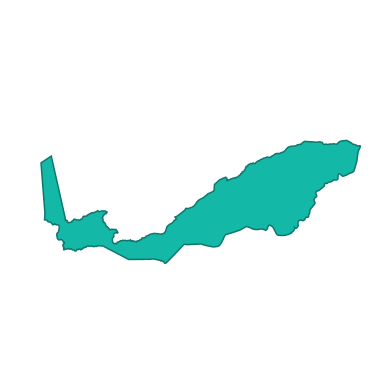 Akrahreppur, Norðurland vestra, Iceland (orthographic projection), rotated 103°
{"feature_id": "244011B74034306834774", "entity_name": "Akrahreppur", "entity_type": "district", "adm_level": 2, "iso_a3": "ISL", "parent_name": "Iceland", "parent_adm1": "Norðurland vestra", "projection": "orthographic", "projection_center": [-18.727, 65.238], "detail": "fine", "context": "isolated", "style": "filled", "palette": "teal", "viewbox_px": 384, "rotation_deg": 103, "n_neighbors": 0, "source": "geoboundaries", "source_scale": "gbopen_adm2", "svg_char_len": 6049}
<svg xmlns="http://www.w3.org/2000/svg" viewBox="0 0 384 384"><g transform="rotate(103 192 192)"><path d="M188.7,337.2L197.6,345.7L245.5,330.6L252.4,329.4L251.9,327.3L253.2,325.9L253.4,325.2L253.3,323.8L253.1,323.4L253.3,322.7L255.1,320.5L255.3,320.0L254.8,319.4L254.0,318.9L254.3,318.3L254.1,317.7L254.6,316.9L254.2,315.9L254.2,314.8L254.8,313.9L256.6,313.3L260.9,313.1L262.0,313.9L263.3,314.3L264.3,314.2L267.4,312.8L268.3,311.9L268.7,310.8L268.0,309.4L267.8,308.7L267.9,307.8L269.0,306.4L269.7,306.0L269.5,305.5L270.0,305.0L270.5,304.8L270.8,305.4L271.6,305.4L272.2,305.8L273.3,305.8L274.6,304.9L274.8,304.3L277.1,304.1L277.1,303.6L276.2,302.5L275.8,301.7L275.8,301.2L274.9,300.0L274.9,299.4L275.2,299.1L275.1,298.7L275.2,298.0L274.7,297.1L274.5,296.6L274.9,296.2L275.2,295.8L275.1,294.2L275.7,292.9L275.8,292.2L275.6,291.8L273.7,291.0L273.6,290.5L273.7,290.3L273.7,289.8L273.0,289.3L272.8,288.8L273.4,287.6L273.2,287.2L272.3,286.7L272.3,286.2L272.0,285.7L271.3,285.7L270.9,285.3L270.5,284.4L269.9,284.2L269.6,282.8L268.4,282.0L267.9,279.8L267.7,279.6L267.6,278.8L267.4,278.3L267.3,276.0L267.2,274.9L266.6,273.8L266.5,272.8L266.3,272.3L265.5,271.7L264.7,266.3L264.9,265.7L272.0,238.5L267.1,218.1L265.9,214.7L265.8,207.7L266.2,206.8L266.2,206.5L265.6,205.9L266.5,203.8L267.0,203.0L267.4,202.8L267.6,202.4L267.0,201.4L264.1,199.4L244.7,187.9L244.4,185.0L240.6,171.4L240.8,170.0L241.0,166.3L240.8,159.7L240.6,158.3L239.2,154.6L238.4,153.6L236.6,152.6L233.3,151.5L227.3,150.3L226.0,149.6L222.4,143.3L218.3,136.6L213.4,131.3L213.5,129.0L213.6,127.8L214.2,125.5L214.4,123.6L214.3,122.1L213.9,119.8L213.4,118.5L212.8,117.3L212.3,116.0L212.3,114.7L212.5,113.9L212.3,113.3L212.6,112.6L212.8,111.5L211.0,110.2L209.3,110.4L207.8,109.8L207.4,109.9L206.6,108.8L206.9,108.4L207.1,107.6L207.4,106.8L207.5,106.1L208.4,104.9L213.6,100.5L214.2,99.8L214.7,98.7L214.7,97.6L214.1,94.3L213.2,91.5L211.8,88.7L210.1,86.4L206.7,84.1L204.8,83.9L204.5,83.6L203.6,84.0L203.9,83.5L203.8,83.2L204.0,82.5L203.8,82.1L201.1,80.8L198.4,81.9L196.5,81.8L195.0,80.3L194.9,79.0L195.0,77.4L194.9,77.2L193.7,75.9L191.3,75.5L191.0,75.1L190.5,73.3L189.9,72.9L188.3,73.1L185.9,72.6L182.7,73.0L175.7,69.6L174.7,69.8L172.3,71.5L170.1,71.0L168.9,69.8L168.4,69.5L167.1,69.9L165.1,71.4L163.6,71.0L162.9,70.3L162.4,69.1L161.8,68.4L156.5,64.5L155.9,64.4L154.4,64.7L153.8,64.3L153.6,63.9L153.4,62.6L153.2,62.2L151.9,61.3L150.6,58.6L148.4,56.6L147.8,53.9L147.1,53.0L146.1,52.8L142.7,53.5L141.2,53.2L141.0,52.8L141.1,52.1L142.5,49.4L142.7,48.6L142.5,48.0L140.7,45.2L139.2,43.8L137.0,40.4L135.3,38.9L124.7,38.3L117.1,39.1L113.2,38.9L111.9,38.4L109.3,38.3L109.2,39.2L109.9,40.4L109.8,41.3L109.4,42.1L109.5,43.4L109.1,44.2L109.2,45.9L109.1,46.6L108.3,47.6L108.3,49.0L107.6,49.7L107.4,51.1L106.9,52.8L108.7,58.0L109.4,59.1L110.3,60.1L112.7,61.4L113.1,63.4L113.1,64.7L114.2,67.7L114.2,68.7L115.3,70.1L115.3,70.5L115.1,71.4L115.4,72.7L115.8,73.7L115.9,74.4L115.6,75.1L114.3,76.5L114.6,77.3L114.3,78.5L114.6,79.6L115.4,81.5L117.3,93.6L119.0,95.4L121.1,96.5L121.0,97.3L121.7,98.2L122.0,99.5L123.8,101.4L125.3,106.1L126.9,108.6L131.3,111.0L132.3,111.9L134.3,114.9L135.1,115.8L135.2,116.0L135.1,117.2L135.5,118.3L136.2,119.6L137.4,120.4L139.7,123.0L140.5,123.2L141.2,125.2L140.9,125.9L140.9,126.4L141.3,127.2L142.2,128.1L142.9,129.8L143.9,130.7L145.1,132.7L146.1,133.2L146.6,134.4L148.4,136.0L150.2,137.1L150.2,138.0L150.0,139.1L150.3,139.4L150.9,139.4L151.1,141.4L151.6,141.7L152.4,142.9L153.2,143.6L154.2,143.6L154.8,144.8L155.5,144.8L155.9,145.3L157.6,145.2L159.4,146.0L160.0,146.0L161.3,147.7L162.8,147.7L163.3,148.7L164.8,148.9L165.4,149.8L167.3,151.0L168.0,152.7L168.7,153.0L168.7,153.9L169.7,155.7L170.2,156.2L170.6,157.3L171.6,157.9L171.9,159.1L173.1,160.4L172.4,160.8L171.7,160.6L170.6,161.4L170.5,161.9L170.0,162.5L171.5,164.5L171.6,165.1L172.8,166.1L173.6,167.6L179.6,171.8L185.4,170.9L186.5,171.5L187.6,172.6L190.1,176.0L193.5,178.4L195.5,180.2L197.3,182.5L198.7,183.9L200.6,185.0L203.1,185.8L205.7,187.3L206.6,188.3L208.6,191.3L209.2,193.0L209.3,194.3L211.6,195.1L218.8,201.0L220.3,203.0L221.8,201.0L222.7,201.7L223.8,203.1L225.1,203.3L227.3,204.9L228.5,206.6L229.6,207.3L230.8,208.3L232.1,208.7L235.7,208.8L238.2,209.8L239.5,211.4L239.7,212.5L240.2,213.1L240.4,213.6L240.3,215.0L240.4,217.0L240.7,218.3L240.8,219.4L241.1,220.4L241.8,221.2L242.1,222.3L242.8,223.6L243.7,224.3L245.3,226.7L246.5,227.2L247.6,228.4L247.7,229.7L248.0,230.2L248.4,230.5L249.6,230.5L250.0,231.7L251.7,232.7L251.8,234.3L253.2,234.9L253.3,235.2L252.9,236.0L253.0,236.9L252.8,237.7L253.4,238.5L252.8,239.0L252.8,239.4L253.7,240.5L253.5,240.9L252.8,240.9L252.5,241.2L253.2,241.9L253.5,242.7L253.5,243.4L254.3,244.7L254.1,245.7L254.1,246.0L254.4,247.3L254.7,247.7L254.7,249.0L255.5,249.8L255.6,250.8L256.5,251.4L257.7,253.4L259.4,253.8L259.3,254.8L259.9,256.1L259.9,256.4L259.3,257.0L259.3,257.5L258.6,258.1L256.0,259.0L255.0,259.1L253.0,258.1L251.4,258.7L250.3,258.8L250.0,258.7L249.3,257.7L248.7,256.5L248.7,256.1L248.8,255.9L248.8,255.5L248.2,255.1L247.6,255.7L247.2,255.8L247.0,256.3L246.4,256.7L246.1,257.2L245.7,257.5L245.9,259.1L246.3,260.3L246.2,261.0L246.4,262.0L247.3,263.4L247.0,263.6L246.2,265.1L245.8,265.3L245.2,266.6L244.8,266.9L244.8,267.5L244.3,268.2L243.7,268.6L242.8,268.9L242.2,269.8L241.3,270.3L241.2,270.5L241.5,271.3L241.4,271.5L240.2,272.2L238.9,272.4L237.6,273.2L237.4,273.6L236.5,273.3L236.0,273.4L234.4,272.7L233.5,272.6L232.8,271.7L232.7,271.0L230.8,270.2L230.4,270.5L230.4,271.7L230.0,272.0L230.4,274.1L230.6,274.2L230.5,275.0L231.0,276.2L232.1,277.8L231.9,278.7L231.5,279.1L231.4,279.7L232.1,280.1L232.8,281.2L233.2,281.4L233.8,282.7L234.6,283.3L234.7,284.9L235.0,285.4L235.6,285.8L236.5,287.2L237.3,287.7L237.7,288.5L238.9,289.1L239.5,290.1L239.8,291.2L239.9,291.8L240.2,292.4L243.3,293.3L243.6,294.2L244.8,295.1L244.8,296.5L245.1,298.2L244.9,299.6L245.0,300.7L245.3,301.1L246.4,301.3L247.1,302.3L248.1,302.5L248.6,302.9L249.2,304.4L249.7,304.9L249.3,305.9L249.4,307.0L248.0,307.0L247.7,308.1L247.9,309.0L245.2,310.0L188.7,337.2Z" fill="#14b8a6" stroke="#0f766e" stroke-width="1.5"/></g></svg>